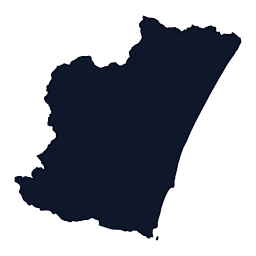 Thap Sakae, Prachuap Khiri Khan, Thailand (Albers equal-area conic projection)
{"feature_id": "78962969B3750900919123", "entity_name": "Thap Sakae", "entity_type": "district", "adm_level": 2, "iso_a3": "THA", "parent_name": "Thailand", "parent_adm1": "Prachuap Khiri Khan", "projection": "albers", "projection_center": [99.584, 11.545], "detail": "fine", "context": "isolated", "style": "filled", "palette": "ink", "viewbox_px": 256, "rotation_deg": 0, "n_neighbors": 0, "source": "geoboundaries", "source_scale": "gbopen_adm2", "svg_char_len": 5642}
<svg xmlns="http://www.w3.org/2000/svg" viewBox="0 0 256 256"><path d="M152.4,236.6L151.8,232.7L152.1,230.0L152.6,228.7L153.4,227.7L154.4,227.3L154.8,227.4L154.7,227.9L155.0,228.0L155.6,227.3L156.6,227.1L157.2,225.6L156.9,224.5L157.1,222.3L158.2,217.6L159.5,213.6L160.7,207.8L162.8,201.3L165.3,195.1L167.3,191.1L169.2,188.5L170.5,187.3L171.1,186.9L173.0,187.2L173.8,185.5L173.7,181.0L174.5,178.2L174.7,176.3L176.4,169.5L177.3,164.6L179.7,156.1L182.5,148.1L186.0,141.3L190.7,130.4L195.7,120.2L209.4,94.3L217.3,80.3L217.0,80.0L217.9,79.2L227.2,63.4L230.8,58.1L233.5,54.5L236.1,49.8L237.0,49.6L237.3,48.1L237.6,48.0L237.7,47.5L238.2,46.9L238.4,45.9L240.3,42.6L240.6,41.8L240.6,41.1L240.1,40.2L240.1,38.8L239.8,38.2L238.8,38.0L238.5,38.3L238.0,38.2L237.3,36.4L236.6,36.1L234.2,34.1L233.4,33.7L233.1,33.1L232.6,33.1L232.4,34.1L231.7,34.5L231.2,34.3L230.7,34.4L230.7,34.9L231.0,35.2L230.9,35.4L230.4,35.4L229.7,34.9L229.0,34.7L228.4,34.9L228.0,34.6L225.1,34.6L224.3,34.3L224.1,34.4L224.2,34.9L224.0,35.2L223.0,35.0L222.8,35.7L221.3,35.9L220.4,35.2L219.7,34.0L219.1,32.5L218.5,32.3L217.9,32.7L217.0,32.7L216.7,32.5L216.1,32.6L215.6,31.1L214.7,31.4L214.3,31.2L214.3,30.5L215.3,29.7L215.6,29.1L215.3,28.5L215.4,28.0L214.8,27.4L214.5,27.4L214.2,27.9L213.7,27.7L213.1,27.8L212.6,27.0L211.7,26.7L211.1,26.1L210.4,26.7L208.8,26.6L208.4,27.4L208.0,27.7L207.4,27.3L206.5,27.4L206.3,28.0L205.3,28.2L204.3,29.0L202.9,29.0L202.3,29.0L201.3,28.5L199.6,28.4L199.1,28.8L198.5,28.4L198.7,27.8L198.2,27.1L196.8,26.6L195.6,27.2L194.1,26.3L193.5,26.3L193.2,25.8L192.5,25.4L192.1,26.0L192.2,27.0L191.7,27.7L190.8,28.0L190.1,28.0L189.2,28.6L188.4,28.3L187.3,28.8L187.7,30.0L187.0,30.7L186.4,30.9L186.0,30.4L184.9,30.1L184.6,30.4L183.0,31.5L183.1,32.0L181.3,32.0L180.0,31.4L179.7,30.4L178.9,30.1L178.7,29.8L178.2,29.7L177.9,29.1L176.4,29.0L175.3,27.8L174.7,27.9L174.2,28.2L172.5,27.9L171.2,28.4L171.1,28.7L170.5,28.6L169.6,27.9L168.6,28.2L167.5,29.0L166.2,27.9L164.6,27.7L164.0,26.3L162.1,25.0L161.6,25.0L161.2,24.5L160.9,24.4L160.4,24.8L159.7,24.6L159.5,23.7L158.8,23.1L158.6,22.3L157.2,20.6L156.4,20.4L156.0,19.9L155.5,20.0L154.5,19.0L153.8,18.8L152.8,18.9L152.0,18.4L151.1,18.5L150.8,18.8L150.4,18.8L150.1,18.5L147.6,18.1L143.7,16.4L143.3,17.1L143.8,19.8L144.1,20.5L142.0,21.2L139.9,23.6L139.7,24.8L140.0,26.7L140.4,26.8L141.4,28.3L141.4,29.6L141.1,30.6L141.1,31.8L141.9,34.1L142.5,37.3L142.4,38.5L140.1,42.2L139.1,43.2L138.3,44.0L135.7,45.3L133.8,46.9L132.4,47.7L132.2,48.6L131.8,49.5L129.6,51.9L129.9,55.0L131.3,56.6L130.0,57.4L128.3,59.3L126.8,61.9L126.6,64.3L125.3,64.2L124.1,64.7L122.8,65.7L121.4,66.1L120.1,66.3L119.0,66.1L115.2,62.9L111.6,63.4L111.0,63.5L110.2,64.1L108.1,66.8L105.0,67.0L103.3,67.8L100.4,68.6L97.5,67.4L94.4,65.4L93.8,64.6L93.3,63.2L91.1,60.3L90.8,57.6L89.9,56.7L88.5,56.4L86.8,56.8L82.3,56.7L78.2,57.9L77.6,59.2L75.9,59.6L74.0,61.1L72.4,61.4L72.0,61.8L71.7,62.6L71.2,62.8L71.0,63.1L70.4,65.3L67.7,65.2L66.1,64.7L65.0,64.2L64.3,64.1L63.7,64.3L62.7,65.1L61.2,65.6L60.3,66.5L57.9,66.5L57.4,66.9L57.2,68.2L56.2,69.0L55.0,70.5L53.0,72.3L52.0,73.6L51.5,74.7L52.3,77.3L52.3,79.1L51.6,80.4L50.6,81.4L50.5,82.1L49.8,82.9L49.7,83.7L50.0,84.7L48.6,85.2L47.6,85.8L47.1,86.8L47.1,87.3L47.6,88.2L46.9,90.0L47.2,90.7L48.5,91.6L48.4,93.9L47.7,94.4L46.4,96.3L45.6,96.8L44.9,97.4L44.6,98.4L44.8,99.2L46.2,101.7L48.1,103.4L48.9,103.7L49.4,105.5L50.6,107.1L50.9,109.3L51.1,109.8L52.0,110.4L52.1,110.8L51.9,113.4L51.5,114.2L50.6,114.4L50.4,114.9L50.1,114.9L50.3,117.0L48.9,117.8L48.7,118.3L48.9,120.4L48.3,122.5L48.2,124.6L48.7,124.9L50.5,125.7L52.6,124.5L52.8,126.3L53.6,127.2L53.7,127.6L53.1,129.1L53.1,129.4L54.8,131.4L56.1,132.3L56.6,134.2L56.6,137.6L56.4,138.0L54.2,139.9L52.7,140.7L51.8,141.5L51.2,142.2L51.4,142.8L50.9,143.7L51.0,144.6L50.7,144.8L48.8,145.1L48.4,145.9L48.3,147.1L46.8,149.5L44.6,151.6L44.1,151.8L43.9,152.1L43.9,152.7L42.9,153.2L41.7,154.5L40.3,154.5L39.8,155.5L38.0,155.7L37.4,156.1L38.4,157.0L41.9,161.3L41.8,162.6L43.7,164.7L44.9,166.8L44.8,167.6L45.0,168.7L45.0,169.5L44.7,169.8L43.9,169.8L43.6,170.3L41.0,168.0L40.2,168.0L38.8,168.7L38.0,168.4L37.4,167.9L36.9,167.9L36.2,168.3L35.5,169.6L34.1,169.7L33.6,170.8L32.7,171.8L32.3,172.5L32.1,174.2L32.5,175.8L33.9,177.4L33.9,178.0L33.6,178.3L32.7,178.6L31.6,178.7L29.7,177.8L28.3,177.8L25.7,176.9L24.2,177.3L23.8,177.7L23.7,179.0L23.4,179.3L22.2,178.5L21.5,176.9L20.8,176.7L18.4,176.7L15.5,177.7L15.4,181.4L16.2,181.6L17.6,182.4L19.3,183.8L20.4,185.0L20.9,186.3L20.9,188.3L19.7,191.5L19.7,192.2L21.5,194.2L22.0,195.1L23.3,198.6L24.0,199.8L24.7,200.5L26.6,201.6L27.9,203.6L28.8,204.5L29.3,204.8L30.0,204.7L31.3,203.9L31.7,203.9L33.6,205.0L34.0,205.6L35.5,206.7L38.1,207.3L39.9,207.0L40.5,209.3L40.9,210.0L46.2,209.6L50.2,210.1L50.8,210.8L52.8,212.0L52.5,212.8L53.3,213.4L53.9,213.5L56.0,212.4L58.0,214.6L59.3,215.5L59.2,215.9L61.0,217.7L61.3,218.4L64.7,220.2L66.3,220.2L69.9,221.5L70.4,221.1L71.2,221.3L71.4,220.6L73.4,220.3L76.4,221.0L77.7,220.7L78.5,220.2L80.3,220.4L84.4,219.3L87.5,219.2L88.7,218.9L91.1,217.4L92.5,217.4L93.7,217.7L96.2,219.1L96.9,219.1L97.9,219.4L98.8,219.1L100.0,223.2L100.0,223.7L99.5,224.2L99.5,224.7L101.6,225.5L103.9,226.1L105.0,226.6L111.2,228.5L113.9,228.9L120.6,229.1L125.4,230.8L126.8,230.3L127.9,230.2L129.5,231.0L130.8,231.1L132.4,230.1L134.0,229.5L134.5,229.9L135.0,229.9L137.4,230.0L138.5,231.5L139.2,231.8L139.5,232.2L140.8,232.6L141.0,233.0L141.3,233.0L142.6,234.4L143.9,235.1L145.5,235.1L145.9,235.7L147.0,235.9L147.2,237.0L148.3,237.6L149.0,237.8L149.3,237.6L149.9,236.3L152.4,236.6ZM157.2,239.4L157.6,238.7L157.8,237.8L157.6,237.2L156.9,237.9L156.9,238.8L156.6,239.4L156.7,239.6L157.2,239.4Z" fill="#0f172a" stroke="#020617" stroke-width="1.5"/></svg>